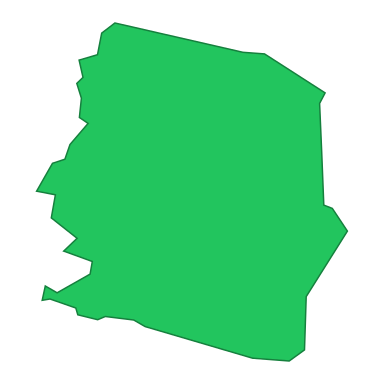 Harrison, West Virginia, United States of America
{"feature_id": "52423323B15878537434027", "entity_name": "Harrison", "entity_type": "district", "adm_level": 2, "iso_a3": "USA", "parent_name": "United States of America", "parent_adm1": "West Virginia", "projection": "albers", "projection_center": [-80.446, 39.285], "detail": "fine", "context": "isolated", "style": "filled", "palette": "green", "viewbox_px": 384, "rotation_deg": 0, "n_neighbors": 0, "source": "geoboundaries", "source_scale": "gbopen_adm2", "svg_char_len": 601}
<svg xmlns="http://www.w3.org/2000/svg" viewBox="0 0 384 384"><path d="M325.1,92.9L264.5,53.9L242.9,52.3L114.9,23.0L101.7,33.1L97.5,54.7L79.1,60.1L83.0,77.4L76.8,83.4L81.4,98.2L79.4,117.5L88.1,123.4L70.0,144.5L64.9,159.2L52.5,163.3L36.6,191.2L55.4,194.8L51.3,217.9L77.1,238.3L63.7,251.1L92.3,261.5L90.1,274.1L57.1,292.8L45.3,286.0L42.2,300.3L50.0,299.0L75.8,308.0L77.8,314.8L97.7,319.7L105.3,316.5L133.7,320.0L145.2,326.6L252.6,358.2L289.2,361.0L304.5,349.9L306.2,296.6L347.4,231.1L332.3,208.4L323.8,205.1L321.7,152.1L319.6,103.4L325.1,92.9Z" fill="#22c55e" stroke="#15803d" stroke-width="1.5"/></svg>